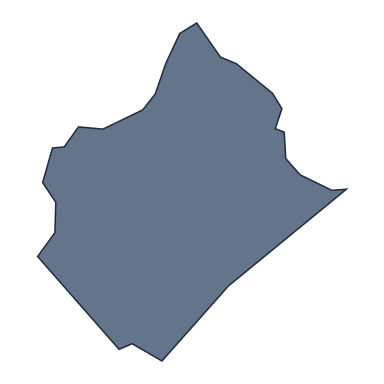 Rappahannock, Virginia, United States of America
{"feature_id": "52423323B58437533769243", "entity_name": "Rappahannock", "entity_type": "district", "adm_level": 2, "iso_a3": "USA", "parent_name": "United States of America", "parent_adm1": "Virginia", "projection": "mercator", "projection_center": [-78.153, 38.693], "detail": "fine", "context": "isolated", "style": "filled", "palette": "slate", "viewbox_px": 384, "rotation_deg": 0, "n_neighbors": 0, "source": "geoboundaries", "source_scale": "gbopen_adm2", "svg_char_len": 465}
<svg xmlns="http://www.w3.org/2000/svg" viewBox="0 0 384 384"><path d="M78.5,126.9L64.2,146.9L52.5,148.0L42.6,182.6L55.8,202.3L54.9,232.7L37.6,256.5L119.1,349.4L132.1,343.7L161.9,361.0L228.5,285.9L312.9,216.7L346.4,189.2L331.7,190.3L300.2,174.9L285.8,158.6L284.2,132.1L275.3,128.7L281.9,108.7L272.5,93.3L236.6,63.9L220.4,57.0L196.7,23.0L179.8,33.4L165.8,63.4L155.3,93.9L142.7,109.9L102.9,129.1L78.5,126.9Z" fill="#64748b" stroke="#1e293b" stroke-width="1.5"/></svg>